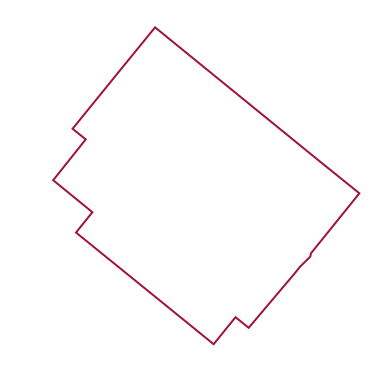 outline of Morris, Kansas, United States of America, rotated 219°
{"feature_id": "52423323B46271330611331", "entity_name": "Morris", "entity_type": "district", "adm_level": 2, "iso_a3": "USA", "parent_name": "United States of America", "parent_adm1": "Kansas", "projection": "equal_earth", "projection_center": [-96.703, 38.696], "detail": "fine", "context": "isolated", "style": "outline", "palette": "rose", "viewbox_px": 384, "rotation_deg": 219, "n_neighbors": 0, "source": "geoboundaries", "source_scale": "gbopen_adm2", "svg_char_len": 393}
<svg xmlns="http://www.w3.org/2000/svg" viewBox="0 0 384 384"><g transform="rotate(219 192 192)"><path d="M324.6,166.0L307.7,166.0L307.3,113.8L256.7,113.6L256.6,87.5L113.3,87.4L79.4,87.3L79.4,122.1L62.5,122.1L61.0,191.8L61.0,202.0L59.4,216.3L61.0,219.2L61.0,226.5L61.0,243.9L61.1,296.3L111.6,296.2L324.3,296.7L324.5,244.2L324.6,166.0Z" fill="none" stroke="#9f1239" stroke-width="2"/></g></svg>